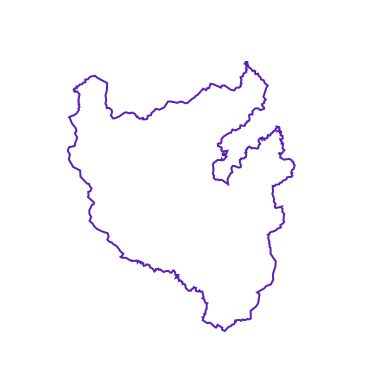 Sardinata, Norte de Santander, Colombia, rotated 341°
{"feature_id": "7082276B13040058955326", "entity_name": "Sardinata", "entity_type": "district", "adm_level": 2, "iso_a3": "COL", "parent_name": "Colombia", "parent_adm1": "Norte de Santander", "projection": "mercator", "projection_center": [-72.77, 8.259], "detail": "fine", "context": "isolated", "style": "outline", "palette": "violet", "viewbox_px": 384, "rotation_deg": 341, "n_neighbors": 0, "source": "geoboundaries", "source_scale": "gbopen_adm2", "svg_char_len": 6050}
<svg xmlns="http://www.w3.org/2000/svg" viewBox="0 0 384 384"><g transform="rotate(341 192 192)"><path d="M103.4,230.1L104.1,231.1L108.4,233.0L111.2,236.5L112.5,236.9L112.6,237.7L117.7,239.0L117.6,240.8L118.8,239.8L119.8,240.4L120.0,241.8L120.6,241.7L120.7,242.5L121.4,241.9L122.8,243.6L122.2,244.2L122.3,246.1L124.7,246.2L125.8,245.7L126.9,246.4L128.1,247.7L127.8,249.4L130.1,252.1L130.6,254.9L132.2,254.2L132.8,253.2L133.4,253.8L135.2,253.5L135.5,254.9L136.8,254.9L139.1,258.4L142.2,258.4L144.1,259.1L145.2,261.1L146.3,261.7L148.5,260.1L149.3,260.3L149.8,262.2L149.4,265.0L151.4,265.8L149.8,266.6L148.7,267.9L151.4,267.8L150.7,268.9L151.3,270.5L150.7,271.8L152.4,272.0L152.9,273.5L153.6,273.7L153.1,276.0L154.2,276.1L155.4,277.6L154.8,280.5L156.6,284.3L159.1,284.9L159.6,284.0L161.7,283.6L162.6,282.5L164.6,284.0L163.6,285.6L163.6,287.0L165.6,288.1L167.1,287.5L167.3,289.0L169.3,289.5L168.8,294.9L167.3,295.9L168.5,296.9L168.6,300.9L170.2,302.2L169.3,302.9L167.9,307.2L167.0,307.6L165.2,310.4L165.2,311.4L163.8,311.3L163.7,312.6L162.3,313.9L161.2,314.0L161.6,315.1L160.4,316.6L163.6,320.9L166.0,321.2L167.1,322.2L169.9,327.6L170.9,328.0L172.9,325.9L176.5,330.2L175.8,331.1L175.9,332.4L177.8,334.1L182.6,331.4L185.1,331.5L186.4,330.5L188.0,330.8L189.4,330.2L190.8,327.9L191.4,328.5L191.8,327.6L195.6,328.5L196.3,329.7L198.4,329.0L199.3,329.9L201.6,330.5L203.0,330.1L204.1,330.9L206.4,330.8L208.8,323.4L215.1,321.2L218.2,318.9L222.3,311.2L222.3,310.0L220.9,308.2L229.0,306.6L231.6,305.1L236.6,305.0L240.3,301.3L241.6,296.2L246.5,289.8L248.6,284.9L246.2,276.1L248.1,270.2L247.4,269.0L248.4,266.9L248.1,265.5L248.9,264.7L249.0,260.6L250.3,258.0L249.9,257.1L251.8,256.8L252.0,256.0L253.3,255.5L257.3,255.8L259.6,255.3L260.3,254.6L264.6,254.4L264.6,252.2L268.3,251.1L269.6,249.8L269.2,248.5L272.0,242.7L271.0,240.2L272.1,237.3L271.3,235.5L272.0,235.0L267.1,234.6L265.9,234.3L265.5,233.4L266.0,231.8L267.2,230.6L266.2,227.7L267.4,225.6L267.4,219.7L268.6,218.3L270.3,212.5L271.9,213.3L273.5,212.4L276.9,213.1L278.1,211.9L279.9,212.2L281.8,210.9L285.4,210.7L286.5,209.2L288.5,209.2L290.3,210.1L292.3,209.4L291.9,207.4L292.9,206.8L292.2,206.0L292.7,205.0L294.1,203.6L295.7,203.3L297.8,200.1L297.2,198.5L297.6,196.3L296.5,195.5L296.4,194.1L294.7,192.4L289.4,191.3L286.6,188.0L287.6,186.5L286.8,183.9L287.4,183.7L289.2,184.9L293.1,182.4L291.7,180.3L293.8,176.2L292.5,175.4L293.5,174.5L292.6,172.7L292.7,170.9L293.6,171.6L294.9,171.3L295.9,168.6L294.3,167.3L295.3,165.3L294.3,164.9L294.4,164.1L295.4,164.5L295.9,164.0L295.6,163.2L294.4,163.2L294.3,162.4L293.6,162.4L295.0,161.4L295.6,159.9L295.5,158.9L294.3,158.6L294.2,157.5L294.0,158.3L293.3,157.7L292.9,159.1L292.1,159.1L290.7,160.6L291.1,161.1L288.1,161.2L287.7,162.1L285.4,162.5L284.6,163.9L282.9,163.3L282.7,163.7L282.2,163.1L280.7,165.5L278.5,165.3L278.0,165.9L277.7,165.3L277.2,165.8L276.3,163.3L275.1,163.6L274.9,164.8L274.1,163.3L272.2,164.2L271.4,165.7L272.2,168.8L270.8,169.2L269.7,170.3L269.4,171.5L268.1,172.3L263.8,170.1L262.6,170.2L261.1,167.7L258.7,168.3L258.3,169.3L256.7,169.8L256.4,172.1L255.2,172.1L255.6,174.2L254.1,176.6L253.3,176.4L252.3,177.2L249.3,176.3L249.0,177.1L247.8,177.1L246.9,179.4L246.9,182.7L246.1,184.4L243.9,184.1L240.7,181.3L239.0,180.6L237.6,181.6L236.9,182.5L236.6,186.6L234.8,186.9L230.9,190.2L229.5,192.2L228.7,196.4L224.2,190.4L223.0,189.7L221.6,189.8L220.0,188.4L218.4,188.1L217.0,185.7L218.2,183.9L217.6,182.0L220.0,176.8L220.5,173.2L221.6,171.7L226.7,170.1L230.3,171.6L230.9,170.4L231.5,171.9L232.3,172.1L236.3,169.7L235.5,168.4L233.1,167.1L233.3,166.0L234.7,165.8L236.3,167.4L238.9,164.6L233.7,163.5L233.3,161.6L234.4,160.5L234.4,159.4L231.5,157.0L232.0,155.0L233.1,154.7L234.9,155.5L236.0,154.5L237.0,151.7L239.5,150.0L245.9,148.4L248.2,148.6L250.6,146.1L253.1,147.9L258.2,147.2L259.5,144.7L262.4,146.3L263.8,146.4L264.5,144.9L266.0,144.5L266.8,143.2L268.6,143.4L270.0,142.4L271.0,137.9L272.0,137.6L274.4,138.3L275.5,135.3L278.7,133.6L281.4,134.2L283.2,136.8L287.3,136.8L287.6,135.5L286.5,133.1L286.7,131.8L289.3,131.3L290.0,129.4L291.8,128.7L290.5,125.3L296.2,117.6L298.3,116.0L296.2,112.8L296.2,109.8L293.9,108.0L294.0,105.6L292.7,103.7L293.1,101.7L290.5,101.3L290.3,100.0L291.2,98.3L290.2,97.4L288.7,97.4L288.0,94.8L286.7,93.2L286.0,89.7L286.6,87.1L285.1,86.6L283.6,87.8L285.0,88.9L284.3,90.2L284.9,91.1L283.2,92.8L283.7,94.2L282.5,95.2L282.4,96.2L279.1,96.9L278.0,99.0L275.2,99.3L275.4,101.8L273.9,104.4L274.2,105.6L272.9,106.2L272.6,107.9L270.6,108.6L267.8,107.8L265.0,109.7L262.0,108.0L257.3,101.7L254.5,101.3L253.3,102.7L247.9,97.6L244.8,95.7L242.0,99.3L240.0,98.8L238.6,100.3L236.2,97.9L228.9,102.1L226.9,102.3L225.0,103.5L222.3,104.0L216.6,106.3L214.5,105.9L212.4,103.7L210.6,102.8L207.1,102.9L201.4,99.5L198.8,98.7L193.1,103.0L187.9,103.5L184.8,101.5L183.5,102.6L179.4,104.2L178.2,106.0L174.9,105.6L173.5,108.2L171.4,108.1L169.3,107.3L169.7,106.1L166.3,105.7L165.2,103.5L164.5,103.4L164.7,102.6L164.0,102.1L163.4,99.4L161.0,97.3L158.6,97.3L155.7,95.2L153.6,95.1L148.1,96.8L142.7,97.2L141.3,96.7L140.3,93.3L142.5,90.3L142.8,88.5L141.1,85.7L138.8,85.0L139.3,82.1L138.9,80.3L140.9,77.0L141.7,72.4L144.6,68.2L147.2,61.4L139.5,53.0L138.3,50.6L134.1,49.9L131.7,50.5L130.3,51.6L127.6,51.0L127.0,53.5L124.8,53.2L122.9,54.4L121.1,53.8L118.6,55.1L117.2,54.6L117.0,56.1L115.0,55.9L113.5,56.5L113.4,57.4L114.2,57.3L113.9,59.1L115.9,59.3L117.5,63.0L114.5,68.1L114.7,68.9L113.7,70.5L114.0,72.3L113.2,72.6L113.3,75.0L111.8,76.0L111.9,77.5L108.4,80.1L104.8,81.2L103.6,80.8L100.1,81.3L100.6,82.2L100.8,87.9L102.9,94.2L102.5,96.9L100.4,98.3L101.2,103.1L97.5,107.6L96.1,110.3L90.4,109.6L88.4,111.9L88.0,113.3L88.8,116.8L86.2,121.1L87.8,129.6L93.2,135.2L91.6,141.2L95.5,149.9L97.2,150.7L97.3,153.4L98.2,155.8L96.1,158.1L93.8,158.2L93.1,161.5L92.0,162.8L96.0,170.1L95.0,171.5L93.4,171.5L88.9,175.9L87.9,179.5L88.6,182.6L85.7,186.1L87.7,189.4L88.6,193.3L90.1,195.9L94.1,200.0L98.9,203.6L98.7,207.0L96.4,209.4L97.7,212.2L99.6,213.5L100.8,216.0L102.9,218.2L104.6,222.6L104.7,224.2L106.9,228.1L104.6,229.9L103.4,230.1Z" fill="none" stroke="#5b21b6" stroke-width="2"/></g></svg>